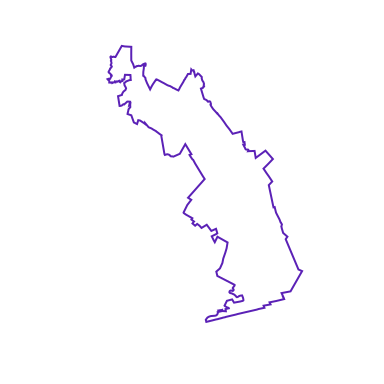 Huixtla, Chiapas, Mexico, rotated 297°
{"feature_id": "50627088B92942016070156", "entity_name": "Huixtla", "entity_type": "district", "adm_level": 2, "iso_a3": "MEX", "parent_name": "Mexico", "parent_adm1": "Chiapas", "projection": "robinson", "projection_center": [-92.525, 15.122], "detail": "fine", "context": "isolated", "style": "outline", "palette": "violet", "viewbox_px": 384, "rotation_deg": 297, "n_neighbors": 0, "source": "geoboundaries", "source_scale": "gbopen_adm2", "svg_char_len": 5800}
<svg xmlns="http://www.w3.org/2000/svg" viewBox="0 0 384 384"><g transform="rotate(297 192 192)"><path d="M82.8,263.7L86.7,268.3L89.3,271.2L90.6,272.9L90.9,273.1L92.1,274.5L92.9,275.3L93.0,275.6L93.9,276.4L95.6,278.5L96.1,278.9L98.8,282.1L100.1,283.6L100.5,284.1L102.7,286.7L104.1,288.2L109.4,294.5L110.9,296.3L116.6,303.1L118.0,304.5L121.7,309.1L123.2,307.4L127.5,313.0L128.9,311.2L133.1,316.5L138.4,322.7L139.6,321.1L139.7,321.3L142.6,317.7L148.2,324.9L171.5,326.0L171.3,322.0L192.5,296.9L195.5,297.3L196.9,291.8L200.8,288.1L201.4,287.8L201.7,287.3L204.0,286.8L204.6,285.8L205.1,285.2L205.1,284.8L207.3,282.4L210.6,277.8L211.8,276.2L216.1,272.5L215.3,271.6L217.0,270.2L233.0,257.3L237.8,258.7L240.9,253.2L242.5,250.1L245.3,245.1L250.8,246.9L258.1,249.1L262.2,238.7L251.3,233.3L257.0,229.1L254.3,224.3L253.8,223.5L254.8,223.5L255.0,223.3L255.2,222.9L255.2,222.5L254.9,222.1L254.4,221.0L254.4,220.6L254.5,220.3L254.7,219.9L255.2,219.4L257.4,216.3L258.1,217.6L260.3,216.1L259.6,215.2L260.7,214.2L268.4,208.6L267.5,207.5L266.6,206.7L264.7,204.5L262.3,201.8L265.0,196.7L266.9,192.5L268.9,188.9L271.6,183.6L272.5,181.1L273.6,179.0L273.3,178.9L274.2,176.7L275.3,173.7L275.6,173.0L277.1,170.3L278.1,168.9L278.6,169.1L279.1,168.9L279.5,168.4L280.4,167.7L280.8,167.0L280.8,166.6L280.6,166.0L279.8,165.5L279.7,165.2L280.0,164.4L280.3,164.0L280.5,163.0L280.4,160.6L281.6,159.3L288.2,153.0L289.6,154.3L289.9,154.5L290.1,154.5L290.6,154.3L290.9,154.4L291.3,154.7L291.5,154.9L291.8,154.8L291.9,154.5L292.3,154.0L292.8,153.8L293.3,153.8L293.7,153.7L295.2,152.2L295.3,151.9L296.1,150.5L297.6,149.1L298.9,148.5L300.2,144.8L300.3,143.4L296.5,142.5L298.5,140.6L298.9,140.4L299.4,139.9L299.9,139.2L300.2,139.1L301.1,139.1L300.7,138.9L300.6,138.7L301.2,138.1L300.6,137.5L300.4,137.2L300.5,136.7L300.9,135.7L296.6,137.1L295.3,134.8L292.0,134.7L290.2,134.4L289.9,134.5L289.1,134.5L288.2,134.2L286.5,134.3L279.6,133.8L278.3,133.9L276.3,133.8L276.2,131.1L276.3,129.2L276.1,127.6L276.3,127.2L276.4,124.2L276.1,122.9L276.1,122.4L276.0,121.9L276.1,119.3L276.2,117.5L276.2,115.3L276.3,112.6L276.3,109.5L275.7,109.4L275.7,108.9L270.0,108.2L267.8,108.1L267.4,108.0L267.2,108.1L264.4,108.1L268.6,102.5L271.3,99.4L272.4,98.8L272.8,97.8L273.4,96.7L273.4,95.8L276.9,94.1L280.4,92.9L282.6,91.8L283.3,93.2L284.3,93.0L285.0,92.6L285.4,92.3L285.4,92.0L284.8,91.4L283.7,90.5L283.2,90.2L281.8,89.7L281.2,89.3L280.8,88.7L280.3,87.4L280.2,87.0L279.8,86.7L279.2,85.7L278.9,85.5L278.6,85.5L278.1,84.9L276.6,84.1L279.1,81.6L281.6,78.2L287.6,75.1L293.8,72.0L291.2,66.1L290.3,63.1L279.5,62.6L277.5,62.5L277.1,61.5L277.1,60.9L276.1,59.8L276.0,58.2L275.3,58.0L275.0,58.2L273.0,60.2L272.0,60.2L271.6,60.7L271.1,61.2L270.5,61.6L270.1,61.8L269.8,61.9L268.6,61.8L268.3,61.9L267.9,62.2L267.7,63.1L267.5,63.5L266.5,63.6L265.9,63.4L265.2,63.1L264.8,63.0L264.5,63.2L261.3,63.1L260.7,63.5L260.4,64.7L260.4,65.3L259.8,66.3L259.4,66.6L259.5,66.9L259.7,67.0L259.5,67.5L259.0,67.8L257.9,67.6L256.0,67.6L255.8,67.7L255.7,67.7L255.0,67.1L255.0,66.2L254.2,65.5L253.2,68.1L252.8,68.4L252.0,68.6L252.5,69.9L253.3,70.8L252.8,71.4L253.4,71.9L253.8,72.1L254.3,72.5L254.4,72.8L254.7,73.6L254.9,73.4L255.5,73.2L255.5,73.7L255.6,73.9L255.8,73.9L256.0,74.1L255.9,74.3L255.9,74.6L256.1,74.7L256.3,74.8L256.7,75.3L256.6,75.7L257.8,76.4L258.3,76.9L257.9,77.3L257.5,77.3L257.4,77.4L257.2,77.8L257.2,78.3L257.3,78.3L257.6,78.3L258.6,78.8L259.4,79.7L259.7,79.6L260.1,79.1L260.6,78.8L261.2,80.0L261.6,80.5L263.1,80.0L266.0,79.1L268.3,84.0L267.2,84.7L265.0,85.9L264.0,86.6L263.2,85.4L260.6,83.1L260.1,83.0L258.2,82.1L257.6,82.7L256.7,83.2L256.2,83.8L255.6,84.8L254.5,86.2L252.7,86.4L250.5,85.4L249.9,85.3L248.9,85.2L247.7,85.2L246.7,85.5L243.8,82.6L235.8,88.4L236.2,89.1L236.8,89.8L237.4,90.3L238.1,90.6L238.9,90.9L239.2,91.2L239.2,91.8L243.2,93.3L243.9,94.7L244.3,95.8L241.1,96.6L242.3,97.1L241.5,97.4L239.6,98.5L236.9,97.9L235.2,98.4L233.0,98.9L232.2,99.2L232.8,103.1L230.8,105.2L227.6,108.6L227.6,112.2L231.6,111.5L232.1,113.3L231.6,117.8L231.3,119.4L232.1,119.0L230.1,123.7L230.0,124.4L230.2,126.2L230.2,127.5L230.1,128.5L230.0,129.2L229.9,132.3L229.6,133.0L229.6,133.6L229.0,136.8L228.7,139.2L227.9,139.3L213.2,150.3L212.7,151.0L213.6,151.9L213.8,152.1L214.4,152.8L214.7,154.0L214.8,154.8L214.7,155.2L214.7,155.5L214.2,156.5L214.2,157.0L214.4,157.5L214.5,157.7L214.7,158.0L215.1,159.4L220.5,163.8L231.6,164.3L225.4,174.3L225.1,174.0L223.9,173.0L222.8,174.8L221.3,177.5L221.2,178.4L218.7,182.0L211.3,194.0L209.3,197.4L185.1,191.1L184.7,194.9L178.3,193.7L170.1,193.8L169.9,193.8L169.5,194.2L169.1,197.0L168.8,204.2L167.2,204.0L166.6,207.2L166.0,207.0L164.2,206.7L163.4,210.1L165.9,211.1L165.4,213.9L164.3,216.8L169.5,220.0L166.1,226.9L170.1,230.1L166.7,233.3L165.7,232.8L161.5,229.7L158.8,233.3L157.6,235.1L163.7,235.0L163.2,246.6L159.7,247.7L157.5,248.4L153.2,249.2L146.8,250.1L142.6,251.3L136.6,251.6L132.1,249.8L128.7,252.7L128.6,272.1L128.0,272.4L127.8,272.4L125.4,271.9L125.0,271.9L124.5,272.2L124.2,273.1L123.8,273.5L123.4,273.6L122.4,273.3L122.3,273.1L122.2,272.8L122.1,272.1L122.0,271.6L121.6,271.0L120.9,270.6L120.0,270.7L119.6,270.9L119.3,271.7L119.3,272.0L119.7,273.3L119.7,274.8L119.8,275.8L119.6,276.9L119.1,278.5L118.7,279.2L118.7,279.5L118.7,279.8L118.8,279.9L119.2,280.3L119.8,280.8L120.5,281.1L121.1,281.6L121.9,282.5L122.6,283.6L120.8,285.6L119.5,286.6L118.7,287.0L118.5,286.9L117.9,286.5L116.9,285.3L116.5,284.9L112.5,279.7L114.5,276.5L110.9,272.5L105.5,272.6L105.3,273.2L105.2,274.3L105.1,276.2L105.3,276.5L105.3,277.4L105.1,277.6L104.6,277.0L102.9,275.0L101.1,276.3L99.7,273.0L100.7,272.4L100.2,271.9L99.6,270.9L98.4,269.3L98.0,269.9L98.1,271.1L96.7,269.4L96.1,269.9L94.9,270.1L94.1,270.0L93.2,269.7L92.3,268.8L90.5,265.9L90.2,265.4L89.7,264.8L88.7,263.8L87.2,262.8L85.8,262.5L84.4,262.3L82.8,263.7Z" fill="none" stroke="#5b21b6" stroke-width="2"/></g></svg>